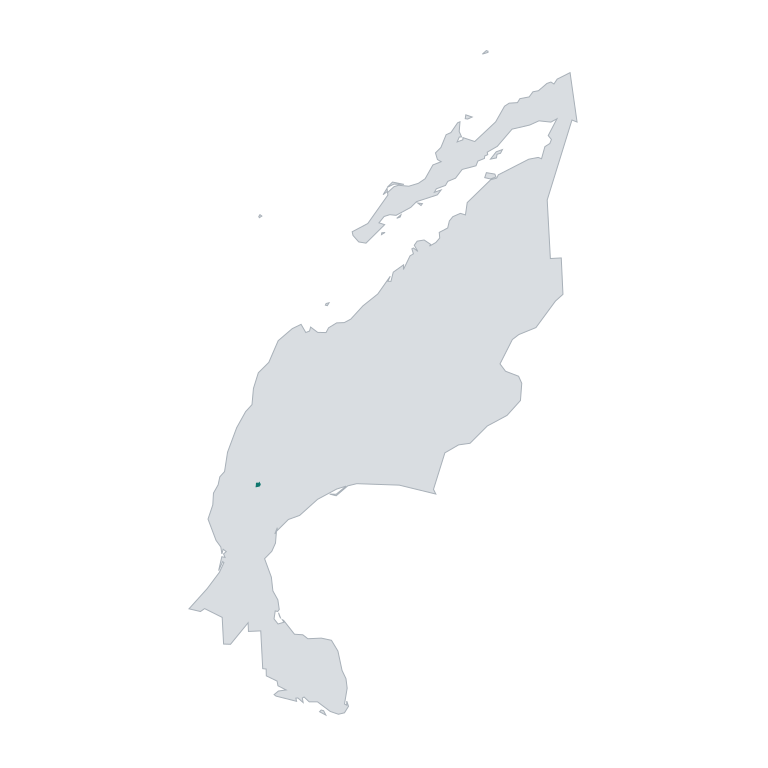 San Pedro Yeloixtlahuaca, Puebla, Mexico (highlighted), rotated 87°
{"feature_id": "50627088B18760877714878", "entity_name": "San Pedro Yeloixtlahuaca", "entity_type": "district", "adm_level": 2, "iso_a3": "MEX", "parent_name": "Mexico", "parent_adm1": "Puebla", "projection": "mercator", "projection_center": [-98.049, 18.052], "detail": "fine", "context": "in_parent", "style": "filled", "palette": "teal", "viewbox_px": 768, "rotation_deg": 87, "n_neighbors": 0, "source": "geoboundaries", "source_scale": "gbopen_adm2", "svg_char_len": 4841}
<svg xmlns="http://www.w3.org/2000/svg" viewBox="0 0 768 768"><g transform="rotate(87 384 384)"><path d="M82.8,181.9L132.5,177.5L130.2,182.5L208.8,211.4L267.4,211.3L267.4,200.4L303.8,200.6L310.1,208.4L335.6,229.3L341.7,246.8L346.3,253.5L370.0,267.1L377.6,262.0L383.3,249.2L390.5,246.4L407.6,248.6L421.8,262.8L431.3,283.0L447.7,301.2L448.7,312.7L455.9,326.8L491.8,340.1L496.6,338.0L485.8,374.0L482.1,416.4L483.8,425.5L493.1,437.6L491.1,444.0L491.6,437.5L484.0,427.2L486.4,436.7L495.7,456.4L510.8,475.1L514.3,486.6L524.9,498.4L521.9,498.1L528.0,500.9L526.1,499.2L537.2,500.7L545.2,504.8L552.2,512.4L571.0,506.6L584.8,505.8L594.0,501.3L603.7,500.4L605.6,502.1L604.9,504.5L612.8,506.1L618.1,502.4L616.7,496.4L614.1,497.8L614.8,496.6L629.2,486.5L630.2,478.2L634.4,473.4L634.5,459.9L637.2,449.9L648.3,444.0L667.8,440.9L676.3,437.4L685.8,436.7L701.5,440.2L702.8,438.0L698.7,437.8L704.0,436.3L710.3,440.7L711.4,446.8L708.2,454.8L697.9,467.1L697.5,475.3L692.4,480.2L693.3,482.0L697.9,481.4L693.0,486.5L693.1,488.5L696.3,487.9L690.0,508.2L688.4,510.0L685.1,505.5L684.4,497.8L679.8,505.7L675.1,506.3L669.3,516.8L662.5,516.6L661.9,520.0L624.1,520.0L624.0,532.3L615.3,532.2L635.9,550.9L635.3,557.8L608.6,557.8L598.9,574.9L601.6,579.2L598.3,590.5L579.0,571.2L563.4,558.2L554.0,553.2L552.9,554.4L561.7,558.9L548.0,555.0L548.9,551.8L545.3,553.1L543.1,550.3L540.6,553.3L545.2,554.8L538.2,555.5L531.4,559.9L509.7,566.8L495.8,561.3L484.0,560.0L476.0,554.9L468.1,552.8L463.1,547.8L443.9,543.8L419.9,533.4L404.3,523.6L397.7,516.9L381.6,514.6L366.2,508.9L356.4,497.9L335.2,487.4L323.9,472.7L320.1,463.7L328.5,459.4L327.2,455.6L323.3,454.3L329.0,447.5L329.6,439.2L325.0,436.4L320.5,428.1L320.6,420.5L317.5,413.8L304.9,401.0L293.8,385.5L276.7,372.1L281.6,374.7L281.9,371.7L272.8,368.9L266.0,358.2L270.7,358.6L257.4,351.3L255.5,347.8L250.5,349.1L249.7,347.5L253.4,343.3L247.0,346.5L243.1,343.4L242.3,336.4L247.0,330.1L248.7,331.3L245.4,324.8L241.1,320.7L235.5,320.9L231.5,312.2L224.6,310.2L220.5,306.5L217.6,298.8L219.4,293.8L207.2,291.4L185.6,266.7L184.3,260.7L181.1,258.9L167.1,227.7L165.8,218.1L167.3,214.9L155.4,210.9L152.5,205.8L148.6,204.0L144.5,207.0L128.2,197.4L131.2,203.6L129.3,215.5L133.0,224.9L136.2,242.8L152.6,258.4L157.9,268.8L160.4,268.4L161.6,271.5L164.0,271.9L166.3,278.6L170.9,280.7L173.8,294.7L182.2,301.8L185.0,309.7L188.9,312.2L191.8,321.5L195.2,323.7L193.2,316.8L197.9,320.8L203.6,342.0L209.0,348.0L216.2,363.1L215.2,369.4L216.7,375.1L222.8,380.6L224.9,375.0L242.4,394.6L240.8,401.8L234.0,407.2L230.3,407.8L222.9,391.8L195.5,370.2L193.1,370.5L187.5,363.7L186.3,359.1L187.8,348.9L185.4,339.2L181.2,332.2L167.8,323.7L165.0,315.3L162.6,318.9L155.9,320.5L150.8,314.8L138.3,308.9L136.4,304.0L127.0,296.8L126.1,294.4L135.8,295.7L141.3,293.6L141.3,295.9L146.1,298.3L144.3,292.5L142.1,292.2L146.6,280.7L128.1,258.8L112.9,249.1L110.1,244.3L110.0,236.0L106.2,233.4L104.9,224.0L100.0,220.0L99.2,214.4L92.4,205.6L91.2,201.5L93.3,198.6L88.6,195.1L82.8,181.9ZM184.8,267.0L183.2,272.6L178.3,270.7L180.2,262.3L183.1,261.4L184.8,267.0ZM165.0,265.9L158.0,259.8L156.1,253.5L159.7,255.6L160.5,259.1L164.1,259.9L165.0,265.9ZM707.9,465.5L706.3,463.8L707.1,461.4L711.6,459.4L707.9,465.5ZM187.8,370.5L182.8,364.9L185.7,353.6L184.9,363.7L187.8,370.5ZM123.3,289.0L119.5,288.2L122.0,282.0L123.8,286.6L123.3,289.0ZM59.7,268.5L56.4,264.4L57.1,262.7L58.3,262.8L59.7,268.5ZM191.9,370.6L194.9,375.0L188.7,370.7L191.9,370.6ZM302.8,436.5L302.2,438.4L300.6,437.6L300.0,434.6L302.8,436.5ZM218.1,359.1L219.2,362.6L215.9,358.2L218.1,359.1ZM205.9,336.2L207.7,337.7L205.0,340.9L205.9,336.2ZM211.4,499.8L210.2,500.3L208.4,499.0L209.9,497.2L211.4,499.8ZM610.3,500.5L606.9,501.3L612.7,499.4L610.3,500.5ZM234.7,378.7L232.9,378.3L232.7,375.0L234.7,378.7Z" fill="#d9dde1" stroke="#a8b0b8" stroke-width="1"/><path d="M479.0,516.6L479.3,516.8L479.4,516.7L479.5,516.7L479.4,516.5L479.4,516.4L479.5,516.4L479.5,516.2L479.5,515.9L479.5,515.7L479.4,515.5L479.4,515.4L479.4,515.2L479.2,515.0L479.2,514.9L478.9,514.8L478.8,514.7L478.7,514.7L478.8,514.6L478.7,514.6L478.8,514.6L478.8,514.4L478.8,514.2L478.7,514.2L478.7,514.3L478.4,514.3L478.4,514.2L478.2,514.2L478.1,514.3L478.1,514.2L477.9,514.1L477.9,513.9L477.9,513.7L477.9,513.8L478.0,513.8L478.0,513.7L478.2,513.4L478.2,513.2L477.9,513.0L478.0,513.1L477.9,513.1L477.7,513.1L477.4,513.2L477.3,513.3L477.2,513.3L477.1,513.5L477.1,513.8L476.9,513.8L476.7,513.8L476.8,513.9L476.8,514.0L476.9,514.3L477.0,514.4L476.9,514.4L476.9,514.5L476.7,514.6L476.7,514.8L476.8,514.9L476.8,515.0L476.7,515.0L476.8,515.0L476.7,515.2L476.7,515.3L476.8,515.3L476.8,515.5L476.7,515.5L476.7,515.8L476.6,516.0L476.6,516.3L476.8,516.4L477.0,516.4L477.3,516.4L477.5,516.4L477.8,516.4L477.9,516.5L478.0,516.5L478.0,516.4L478.2,516.2L478.3,516.2L478.3,516.3L478.5,516.3L478.8,516.5L479.0,516.6L479.0,516.6Z" fill="#14b8a6" stroke="#0f766e" stroke-width="1.5"/></g></svg>